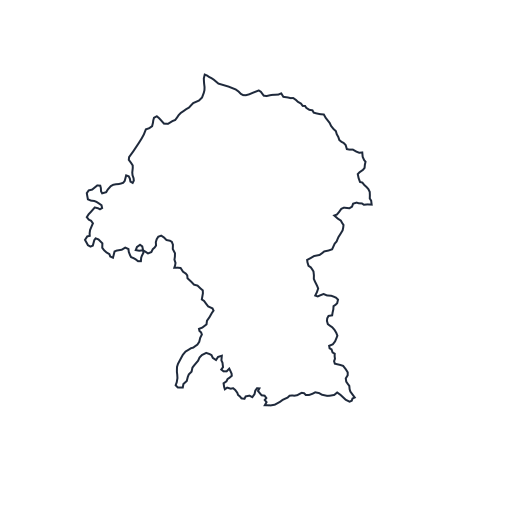 Angatuba, São Paulo, Brazil, rotated 44°
{"feature_id": "56859067B11157452841276", "entity_name": "Angatuba", "entity_type": "district", "adm_level": 2, "iso_a3": "BRA", "parent_name": "Brazil", "parent_adm1": "São Paulo", "projection": "albers", "projection_center": [-48.445, -23.449], "detail": "fine", "context": "isolated", "style": "outline", "palette": "slate", "viewbox_px": 512, "rotation_deg": 44, "n_neighbors": 0, "source": "geoboundaries", "source_scale": "gbopen_adm2", "svg_char_len": 5570}
<svg xmlns="http://www.w3.org/2000/svg" viewBox="0 0 512 512"><g transform="rotate(44 256 256)"><path d="M303.5,138.7L300.4,136.2L297.9,135.6L295.7,133.2L293.3,130.9L290.3,129.8L287.6,129.6L284.5,129.7L281.5,129.3L279.4,130.5L275.7,128.7L272.3,126.4L272.3,123.9L273.1,119.8L272.9,117.2L270.9,114.7L269.3,112.1L267.2,111.9L263.9,110.6L260.5,107.7L258.6,110.0L255.7,111.2L251.7,112.2L249.4,114.5L247.1,116.0L243.4,113.9L240.5,113.8L238.2,114.5L235.4,114.7L232.5,113.2L229.5,112.3L226.7,110.7L223.6,110.8L219.7,110.3L216.5,109.1L210.1,108.2L206.5,107.1L203.5,109.5L200.3,111.5L197.9,112.8L195.4,112.0L192.8,113.8L189.3,114.5L187.1,114.0L185.3,115.6L182.5,115.1L179.0,116.0L176.4,116.0L173.1,116.5L171.2,118.4L168.7,119.9L165.1,122.5L161.2,121.5L159.9,124.4L155.8,128.8L154.5,130.5L152.5,133.6L150.2,135.3L145.4,134.5L143.0,135.0L140.5,140.4L138.7,144.6L137.0,147.4L135.0,149.2L132.5,149.9L129.2,149.8L125.7,150.3L118.6,153.2L113.6,155.8L109.2,158.1L103.1,158.5L100.4,159.0L97.9,159.8L95.4,160.2L93.1,161.1L95.1,164.5L97.1,166.4L98.9,168.0L101.7,170.3L103.7,172.5L105.1,174.9L107.1,179.5L107.0,183.8L104.6,189.6L104.6,192.4L104.7,195.8L103.8,198.8L103.2,202.1L102.5,205.3L102.5,208.4L103.0,211.1L103.4,214.3L102.2,216.9L100.9,222.0L97.9,224.7L92.6,224.3L90.2,224.2L87.6,224.4L86.6,227.4L87.9,229.8L89.3,231.7L91.1,234.8L90.4,238.3L88.8,241.4L90.9,246.5L92.1,250.9L93.2,256.1L95.0,265.9L96.0,273.0L97.7,275.2L101.4,275.8L104.4,276.5L106.2,278.3L109.0,281.9L111.1,283.7L113.9,285.1L115.7,286.6L116.5,289.1L114.0,289.7L111.4,287.9L109.1,287.1L106.6,288.2L109.4,293.2L109.6,295.6L108.5,297.7L107.2,299.7L105.4,301.7L103.8,304.0L103.0,306.6L103.2,311.2L103.9,314.2L101.8,317.8L99.6,317.1L97.2,314.9L95.1,313.6L92.8,315.5L92.0,322.1L90.1,325.0L90.6,328.3L92.9,330.0L95.7,332.0L98.8,330.8L101.4,328.8L103.6,327.9L106.5,327.3L109.6,326.8L112.0,328.4L111.3,330.8L109.2,331.4L106.3,333.1L106.6,339.1L106.6,342.2L107.3,345.6L110.5,346.0L112.9,345.2L116.0,345.8L117.3,349.3L118.6,352.6L120.6,355.3L122.4,357.0L121.0,359.1L121.8,363.2L125.5,364.3L127.6,365.0L130.4,364.2L131.4,361.9L128.7,357.0L128.4,354.7L131.2,353.5L136.7,353.6L139.7,356.9L142.7,357.4L146.0,357.3L149.2,356.5L151.5,357.6L154.3,356.6L152.5,353.4L151.1,351.0L152.0,348.9L155.1,344.7L156.1,340.8L159.4,339.6L161.6,341.4L164.8,342.9L166.9,343.6L169.4,342.6L171.7,342.0L174.7,341.7L176.8,339.7L174.6,337.0L173.7,335.0L172.8,331.9L170.8,330.3L174.1,329.6L176.5,329.2L178.0,325.9L177.0,322.8L177.2,320.3L176.8,317.9L174.3,315.6L172.9,312.9L172.3,310.0L173.7,307.2L176.9,306.6L180.5,306.7L183.5,304.8L185.6,304.3L188.4,305.6L191.3,308.8L195.8,310.3L198.1,312.8L199.9,315.3L202.9,316.9L204.3,318.9L205.4,321.2L207.8,318.8L210.1,317.0L214.4,318.0L217.8,317.4L220.0,317.7L222.2,319.6L227.6,319.5L231.3,319.7L234.5,317.9L238.7,317.9L241.6,317.7L243.7,319.7L247.2,324.9L249.9,324.4L253.2,325.0L256.6,325.5L261.1,323.9L263.4,324.8L263.8,327.6L265.0,332.2L265.7,336.6L267.9,339.6L267.5,342.2L267.1,344.8L265.6,348.0L267.4,349.2L269.6,349.1L271.6,350.1L272.7,353.6L274.8,357.2L275.4,360.5L274.9,363.0L274.5,365.5L273.3,367.5L272.7,370.0L271.7,373.7L272.0,377.9L273.0,381.5L274.8,387.8L276.2,390.6L277.7,392.3L279.7,394.4L281.8,396.1L284.3,398.4L286.7,401.9L288.0,404.8L291.1,404.9L294.7,401.5L292.7,398.5L293.0,394.0L290.9,390.3L289.9,387.8L290.0,384.0L287.8,380.4L287.5,377.7L287.3,375.0L287.1,371.6L285.9,368.2L285.9,364.8L287.5,360.3L290.7,358.8L292.8,358.2L295.7,359.3L299.5,358.6L298.8,355.0L300.7,351.5L303.6,355.1L306.1,356.1L309.5,358.9L309.9,361.8L312.8,361.5L315.0,359.4L315.0,355.6L317.7,356.6L320.2,357.6L321.8,359.0L321.5,362.0L321.0,364.2L321.8,366.7L321.1,370.1L324.0,372.3L326.2,373.5L326.7,370.7L330.0,369.0L331.4,367.0L334.1,366.8L337.6,367.4L339.6,368.4L342.1,368.2L344.5,368.5L346.9,366.7L346.1,364.2L348.3,361.0L351.4,360.1L350.9,356.4L349.0,353.3L348.6,350.4L350.4,348.9L351.2,351.7L354.6,352.1L356.8,352.3L359.2,350.5L362.1,351.0L362.3,353.5L365.1,353.8L366.0,357.2L370.4,353.2L372.8,349.9L373.9,346.4L374.6,344.1L375.1,341.0L376.2,338.1L377.1,335.9L377.2,333.2L378.9,331.2L380.7,329.8L382.4,327.4L383.1,325.1L383.9,322.7L385.9,321.3L388.4,321.4L390.8,319.0L392.4,315.7L393.3,312.9L396.6,310.8L399.8,310.0L402.2,308.5L404.3,307.2L406.1,305.3L408.8,301.6L409.2,297.8L413.3,297.2L420.4,297.1L424.5,295.8L425.4,293.6L424.4,291.5L425.3,289.2L418.1,288.0L415.9,286.8L413.3,284.6L411.1,284.3L408.2,283.7L405.6,281.7L404.8,278.1L402.8,276.0L399.2,275.1L395.0,274.5L392.2,275.9L389.7,277.4L387.5,278.7L385.2,277.4L384.2,275.1L382.1,273.4L380.5,271.6L378.1,272.2L375.2,270.7L373.1,271.3L371.0,269.8L372.6,266.2L372.2,262.5L371.0,259.4L369.9,256.8L367.1,255.5L363.8,254.6L360.4,254.3L357.5,254.8L355.0,255.1L352.1,253.4L350.5,251.3L349.8,248.7L352.0,245.8L350.4,243.5L348.7,240.7L346.6,238.2L347.1,235.9L347.2,233.6L345.3,230.4L342.5,230.4L340.3,231.2L337.8,232.3L334.4,235.1L331.0,236.4L329.5,239.7L328.5,242.2L326.1,243.3L324.9,239.6L323.3,236.2L320.9,235.1L318.7,234.3L316.1,233.4L313.5,232.3L311.1,229.7L308.1,227.2L305.8,226.6L303.3,226.1L300.6,226.6L297.4,224.8L295.5,223.3L296.7,219.7L297.8,215.7L301.0,211.1L301.6,207.9L301.9,205.3L304.3,201.8L306.1,198.3L305.0,195.2L304.0,192.4L303.9,189.6L302.9,187.1L302.1,184.9L301.6,182.3L300.5,177.4L299.0,175.0L297.4,172.9L295.0,172.4L292.4,171.6L288.9,172.3L284.2,172.5L285.4,170.0L285.2,166.8L284.6,162.8L285.7,160.1L290.0,156.8L290.8,153.8L289.5,150.9L291.3,147.7L293.3,146.7L295.7,144.6L298.0,144.2L300.4,141.4L303.5,138.7ZM170.8,330.3L168.4,333.3L165.4,335.3L164.1,332.2L164.8,328.5L167.5,328.1L170.8,330.3Z" fill="none" stroke="#1e293b" stroke-width="2"/></g></svg>